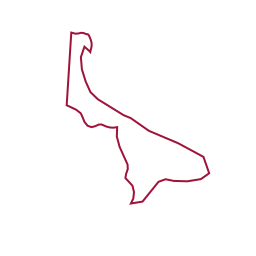 the border of South Abaco, rotated 296°
{"feature_id": "BHS-5016", "entity_name": "South Abaco", "entity_type": "District", "adm_level": 1, "iso_a3": "BHS", "parent_name": "The Bahamas", "parent_adm1": "", "projection": "robinson", "projection_center": [-77.194, 26.12], "detail": "fine", "context": "isolated", "style": "outline", "palette": "rose", "viewbox_px": 256, "rotation_deg": 296, "n_neighbors": 0, "source": "natural_earth", "source_scale": "10m", "svg_char_len": 799}
<svg xmlns="http://www.w3.org/2000/svg" viewBox="0 0 256 256"><g transform="rotate(296 128 128)"><path d="M188.9,35.2L189.7,39.4L191.3,42.1L193.0,44.1L193.8,46.1L194.1,49.3L194.6,50.8L194.0,52.4L191.2,55.6L188.5,58.0L185.7,59.4L179.7,60.8L180.4,59.1L182.0,53.2L171.0,54.6L160.6,60.8L151.3,69.5L143.8,78.5L140.6,88.3L137.6,118.5L138.1,126.0L134.6,148.2L136.3,180.0L135.1,208.5L122.9,220.8L114.0,215.9L106.1,204.7L100.5,192.3L98.4,184.2L93.0,179.0L68.2,173.3L61.4,163.7L66.9,163.7L73.0,161.5L78.1,157.3L81.9,147.6L86.0,146.4L91.0,145.8L95.0,143.6L107.4,128.7L115.4,121.7L124.0,117.9L121.8,114.6L120.5,111.4L119.8,107.7L119.6,102.9L118.3,100.2L115.4,97.9L112.8,94.9L112.3,90.7L114.4,86.2L117.5,82.8L120.5,79.1L121.7,73.3L121.6,62.9L188.9,35.2Z" fill="none" stroke="#9f1239" stroke-width="2"/></g></svg>